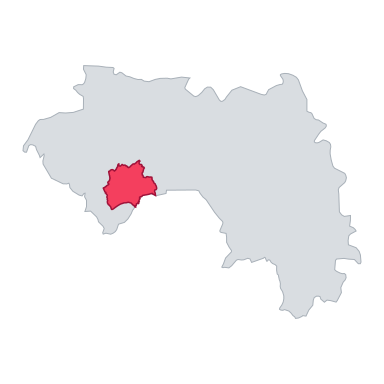 Kindia, Kindia, Guinea (highlighted)
{"feature_id": "49546643B82751767083924", "entity_name": "Kindia", "entity_type": "district", "adm_level": 2, "iso_a3": "GIN", "parent_name": "Guinea", "parent_adm1": "Kindia", "projection": "orthographic", "projection_center": [-12.699, 10.108], "detail": "fine", "context": "in_parent", "style": "filled", "palette": "rose", "viewbox_px": 384, "rotation_deg": 0, "n_neighbors": 0, "source": "geoboundaries", "source_scale": "gbopen_adm2", "svg_char_len": 6854}
<svg xmlns="http://www.w3.org/2000/svg" viewBox="0 0 384 384"><path d="M241.5,260.0L238.0,259.5L236.4,260.2L231.7,265.7L228.9,267.9L224.6,267.3L223.0,267.7L221.8,267.1L223.4,264.0L225.6,258.0L231.4,251.9L231.5,250.6L229.1,247.1L226.6,242.3L226.6,237.1L226.1,233.4L221.0,232.4L220.0,231.7L219.9,230.5L222.7,224.0L222.9,222.7L222.6,221.5L219.4,218.3L214.5,212.2L206.1,199.7L203.0,197.1L200.0,193.2L198.8,190.8L195.7,190.0L166.5,190.2L166.0,193.5L155.9,195.7L149.7,193.2L142.9,194.7L139.5,196.3L136.9,203.7L135.4,205.2L134.0,208.5L132.6,210.3L131.1,213.9L127.8,219.1L124.4,222.4L118.5,224.2L116.7,229.6L115.3,231.6L113.1,233.2L110.7,234.2L105.9,233.2L103.2,234.1L102.7,232.8L104.2,228.5L103.0,226.2L98.5,221.8L98.0,219.6L96.6,216.9L90.6,211.1L84.9,211.5L86.5,206.7L86.5,200.3L84.6,196.8L85.1,193.2L84.0,193.4L82.1,195.9L79.1,195.1L72.9,191.3L69.9,187.6L69.5,184.5L68.8,183.2L66.9,183.9L63.1,183.8L51.4,178.2L43.1,164.1L42.9,161.0L44.2,155.5L43.9,154.0L40.1,157.6L39.3,155.2L36.5,149.6L35.6,146.3L32.8,144.9L30.6,144.6L28.8,145.7L26.5,152.2L24.8,152.2L23.0,150.7L23.5,145.8L28.0,139.7L35.6,124.3L38.3,120.7L40.1,119.5L43.6,119.4L50.6,117.4L59.1,112.6L65.6,113.0L73.3,112.4L83.4,109.1L83.5,98.7L83.2,96.4L79.6,94.3L77.6,92.5L75.8,90.2L73.6,88.6L73.7,86.8L78.2,84.6L82.2,84.7L83.6,83.8L84.6,82.4L85.8,78.6L86.2,74.7L83.5,69.3L83.7,65.6L98.4,66.1L106.4,67.2L113.0,67.5L114.1,68.4L113.2,72.0L114.0,74.2L116.2,74.8L119.9,72.2L121.9,72.8L126.0,76.0L129.8,76.8L134.0,78.5L137.9,79.5L141.4,79.4L144.1,81.1L149.0,81.7L155.3,79.4L160.3,78.4L167.2,78.2L170.9,78.9L181.5,77.1L189.9,78.0L188.6,79.3L184.8,87.6L185.3,89.1L193.8,96.1L195.8,96.6L198.2,95.6L201.8,92.4L204.7,88.8L207.4,87.1L210.7,87.2L213.3,89.7L219.4,100.1L221.0,101.4L222.4,101.3L225.0,99.4L226.4,97.1L231.9,90.2L240.6,86.7L261.3,94.4L264.3,95.0L266.1,94.4L268.6,89.7L276.3,85.6L280.0,84.5L282.2,84.3L283.0,83.0L283.3,81.1L282.9,79.2L280.4,75.6L280.4,74.6L281.7,73.9L284.7,73.4L288.5,73.7L292.8,75.2L296.4,77.3L298.4,79.9L302.4,90.9L306.9,99.5L306.9,111.1L308.8,112.2L310.9,112.7L311.9,113.6L314.1,118.4L316.1,119.7L318.5,120.0L323.0,123.0L325.9,124.2L326.3,125.1L326.2,126.4L325.1,128.0L320.9,131.3L318.8,134.0L314.4,140.6L314.3,141.9L315.3,142.7L317.1,142.9L319.0,142.4L323.1,139.9L326.3,140.8L329.3,142.5L330.5,144.4L330.8,146.9L330.2,150.1L330.1,153.7L331.2,159.9L332.9,166.0L334.5,168.2L344.8,173.4L345.8,175.4L346.4,177.7L345.7,180.8L344.7,182.6L339.1,187.5L338.3,189.7L338.8,194.0L339.4,211.9L341.7,214.9L344.3,216.4L350.5,215.5L350.4,220.5L349.6,226.1L353.3,227.7L355.1,229.4L356.1,231.0L350.5,234.0L348.8,235.8L348.1,240.5L348.4,244.8L356.1,247.7L359.1,251.3L360.4,255.0L361.0,262.1L360.3,263.7L358.3,263.7L354.4,259.5L348.5,259.1L344.0,258.4L336.7,259.0L335.5,260.3L334.7,269.7L336.5,271.3L340.0,273.0L342.3,273.7L344.3,273.5L345.7,274.6L346.1,277.7L345.1,280.0L343.2,282.1L340.8,287.6L341.4,292.6L337.3,300.5L336.1,302.1L330.6,300.6L327.0,300.1L324.4,302.2L320.8,299.1L320.1,296.7L318.8,296.2L316.4,296.2L314.2,297.6L313.3,300.1L312.8,305.2L308.8,310.1L306.0,316.1L302.7,315.6L302.0,316.4L298.5,318.0L295.5,318.4L294.7,316.8L293.0,315.6L291.0,313.0L288.8,311.0L284.5,309.6L282.9,310.3L280.9,310.1L279.5,309.3L279.7,308.1L281.9,304.9L283.2,302.0L283.8,298.9L283.8,295.9L282.6,291.7L280.6,288.4L280.2,286.4L280.4,283.7L279.9,281.1L279.3,279.8L278.3,274.9L277.2,274.0L276.6,270.1L276.7,266.1L275.1,264.6L272.5,263.5L270.9,262.0L270.0,260.3L269.0,259.8L268.2,259.9L267.5,261.0L266.7,261.2L265.1,257.5L264.5,257.3L263.5,258.2L251.6,262.4L250.0,258.9L247.7,258.3L243.8,259.8L241.5,260.0Z" fill="#d9dde1" stroke="#a8b0b8" stroke-width="1"/><path d="M111.4,209.1L111.6,209.4L112.4,209.4L113.2,209.0L115.4,207.3L117.7,205.7L120.2,204.2L120.9,203.9L122.9,203.3L123.8,202.9L124.9,202.8L126.0,202.8L128.1,202.3L128.5,202.3L130.3,202.8L131.3,203.2L132.0,204.0L133.2,205.2L133.8,205.4L134.1,205.7L134.6,206.7L135.3,207.0L135.6,207.1L135.6,206.9L135.5,206.6L135.4,206.0L135.4,205.7L135.6,205.6L136.0,205.8L136.1,205.7L136.2,205.3L136.4,204.9L136.4,204.6L136.4,204.2L136.5,203.8L137.0,203.7L137.4,203.5L137.7,203.1L137.9,202.9L138.0,203.0L138.2,203.5L138.4,203.6L138.5,203.6L138.7,203.4L138.7,203.2L138.3,202.2L138.4,201.9L138.5,201.9L139.1,201.9L139.2,201.7L138.7,201.4L139.0,200.9L139.0,200.4L139.5,199.7L139.5,198.9L140.0,198.7L140.0,198.0L139.9,197.9L139.7,197.8L139.6,197.7L139.6,197.4L139.6,197.2L140.5,196.7L141.5,196.7L142.1,196.2L142.4,195.6L142.7,195.4L144.4,195.1L144.7,195.1L145.5,194.9L146.3,194.8L149.2,194.2L149.3,194.1L150.3,193.8L152.1,193.4L152.3,193.4L152.6,193.7L152.7,193.9L153.1,194.2L154.3,194.7L155.3,195.4L155.5,195.5L155.2,193.0L154.8,192.1L154.5,191.1L154.9,189.9L156.1,189.6L156.6,188.8L156.7,188.1L156.3,186.3L156.1,185.8L155.7,185.3L155.3,184.1L154.9,183.6L153.9,182.9L153.5,181.8L153.5,181.4L153.1,181.0L152.8,180.8L152.5,180.4L152.0,179.4L152.1,178.9L151.9,178.3L152.0,177.9L151.9,177.3L151.6,177.2L151.3,177.1L150.6,177.0L150.1,177.1L149.4,177.1L147.2,176.6L146.7,176.7L145.9,177.6L145.3,177.6L144.8,177.4L144.1,177.4L143.4,177.3L143.3,177.2L143.3,176.7L143.1,175.9L142.7,175.1L142.3,175.0L142.1,173.2L142.2,172.9L142.9,172.1L143.7,168.8L144.3,168.0L144.1,167.6L144.0,167.4L143.7,167.1L143.2,167.1L142.8,166.7L142.1,166.7L141.7,166.4L142.1,165.4L141.5,164.6L141.1,164.4L140.3,164.5L140.0,164.5L139.6,164.2L139.5,163.9L139.2,163.7L139.1,163.2L139.2,161.8L139.9,161.2L139.7,160.8L139.6,160.6L139.4,160.4L138.7,160.6L138.4,161.0L138.0,161.1L137.5,161.4L136.8,161.9L136.2,162.8L135.7,163.0L134.7,163.8L134.2,164.1L133.8,164.0L133.3,163.9L133.0,164.1L132.7,164.2L131.0,165.8L130.5,166.1L130.4,166.4L129.7,167.1L129.2,167.4L128.3,167.6L127.9,167.3L127.9,167.0L127.7,166.8L127.4,166.9L127.1,166.5L126.7,165.9L125.9,165.9L125.6,165.5L125.1,165.1L124.5,165.1L123.9,165.3L123.3,165.3L122.9,164.9L122.5,164.6L122.1,164.5L121.3,165.3L120.5,166.0L120.2,166.1L119.1,165.8L118.9,165.2L118.9,164.4L118.8,163.9L118.5,164.0L118.0,164.6L117.7,165.5L117.8,165.9L117.7,166.4L116.8,167.8L116.4,168.6L116.2,169.3L115.7,169.7L115.5,170.2L114.5,171.0L114.3,171.0L114.2,170.7L113.5,170.1L112.6,169.7L112.0,169.6L111.0,169.9L110.2,170.4L109.7,171.2L108.8,171.4L108.7,171.8L109.0,173.3L109.1,173.9L109.4,175.3L109.7,176.0L109.7,177.0L109.9,177.7L110.1,178.0L110.0,178.4L109.7,179.0L109.7,179.9L109.1,180.9L108.6,181.5L108.2,181.7L107.8,182.5L107.9,183.0L108.3,183.6L108.7,183.8L108.7,184.5L106.4,185.9L106.1,186.5L105.7,186.6L105.1,186.9L104.9,187.3L104.6,187.6L103.6,187.8L103.3,188.1L103.8,189.3L104.3,190.5L104.8,191.6L105.1,192.1L105.8,192.4L105.6,193.0L105.8,193.0L106.4,194.2L107.0,194.7L107.3,195.5L107.1,196.4L106.8,197.0L107.3,198.1L107.4,198.7L107.2,199.1L107.2,199.4L107.5,200.2L107.7,200.7L107.3,201.7L107.5,203.1L107.9,203.6L108.2,204.5L108.7,204.9L109.0,204.9L110.6,206.8L110.9,207.4L111.0,208.1L111.2,208.4L111.4,209.1L111.4,209.1Z" fill="#f43f5e" stroke="#9f1239" stroke-width="1.5"/></svg>